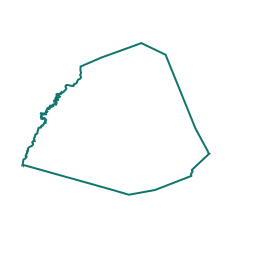 outline of Lunga, Luapula, Zambia, rotated 28°
{"feature_id": "96606910B4218134786212", "entity_name": "Lunga", "entity_type": "district", "adm_level": 2, "iso_a3": "ZMB", "parent_name": "Zambia", "parent_adm1": "Luapula", "projection": "albers", "projection_center": [29.85, -11.571], "detail": "fine", "context": "isolated", "style": "outline", "palette": "teal", "viewbox_px": 256, "rotation_deg": 28, "n_neighbors": 0, "source": "geoboundaries", "source_scale": "gbopen_adm2", "svg_char_len": 5075}
<svg xmlns="http://www.w3.org/2000/svg" viewBox="0 0 256 256"><g transform="rotate(28 128 128)"><path d="M59.2,99.8L60.3,100.9L60.5,101.2L60.8,102.1L60.9,103.7L62.1,104.6L62.6,105.2L62.9,106.0L62.6,106.9L62.1,107.8L61.3,108.6L61.2,110.4L61.6,112.0L61.2,113.2L60.6,113.9L59.7,114.8L59.7,115.5L60.2,116.1L60.0,116.6L59.1,117.1L56.6,117.8L55.5,118.1L54.6,118.4L53.9,118.7L53.3,119.3L53.2,119.8L53.2,120.4L53.7,121.2L54.1,121.3L54.5,121.6L54.9,121.8L55.1,123.1L54.9,124.2L54.5,124.6L54.4,125.0L54.4,125.6L54.3,126.1L54.2,126.6L53.9,127.0L53.4,127.5L53.2,127.8L53.1,128.1L53.0,129.2L52.8,129.4L52.5,129.3L52.3,128.6L52.2,128.3L52.0,128.8L52.0,129.5L51.7,130.1L51.4,130.3L51.2,130.7L51.0,130.9L50.6,130.9L50.3,130.8L49.9,130.9L49.5,131.1L49.3,131.4L49.1,131.7L49.1,131.9L49.2,132.3L49.3,132.4L49.5,132.3L50.1,132.0L50.6,131.8L51.2,131.7L51.4,131.6L51.6,131.3L51.8,131.3L52.2,132.0L52.7,132.2L53.2,132.3L53.2,132.5L53.0,133.0L52.4,133.8L52.1,134.2L51.5,134.7L51.1,134.7L50.9,134.6L50.6,133.7L50.4,133.7L50.2,133.9L50.1,134.2L50.0,134.5L50.0,135.2L50.1,135.9L50.1,136.2L50.3,136.4L51.5,136.7L51.7,136.2L51.8,135.7L52.0,135.6L52.5,135.6L52.8,135.7L53.0,135.9L53.1,136.2L52.9,136.4L52.4,136.8L51.5,137.0L50.4,137.6L50.2,137.9L50.0,138.4L49.9,138.7L50.0,139.0L50.6,139.5L50.8,139.4L51.0,139.3L51.4,138.1L51.6,137.9L51.8,137.9L52.1,138.2L52.7,139.0L53.2,139.3L53.2,139.6L52.7,140.0L52.7,140.3L52.8,140.4L53.2,140.6L53.5,140.9L53.6,141.1L53.4,141.3L53.1,141.3L52.5,141.2L52.0,141.3L51.4,141.8L50.5,143.0L50.4,143.3L50.5,143.5L50.8,143.5L51.2,143.4L51.5,143.2L51.8,143.4L51.8,143.7L50.8,144.5L50.7,144.7L50.6,145.2L50.4,145.4L49.9,145.3L49.4,145.0L49.1,144.8L48.8,144.8L48.8,145.0L49.2,145.8L49.3,146.1L49.4,146.3L49.3,146.5L49.0,146.5L48.7,146.5L48.6,146.8L49.5,146.8L49.8,147.2L49.7,147.7L49.7,147.9L49.5,148.1L49.3,148.2L49.1,148.4L48.7,148.8L48.4,148.7L48.4,148.1L48.3,147.8L48.0,147.7L47.9,147.8L47.7,148.0L47.7,148.3L47.7,148.6L47.7,149.7L47.8,150.9L47.8,151.3L47.8,151.5L48.3,151.6L48.9,151.5L49.1,151.5L49.1,151.8L48.8,152.1L48.5,152.1L47.9,152.2L48.1,152.6L48.5,152.9L48.5,153.1L48.4,153.2L48.0,153.3L48.0,153.5L48.6,153.8L49.2,154.1L49.3,154.3L49.2,154.5L48.9,154.6L48.2,154.7L48.0,154.9L47.8,154.9L47.7,154.9L47.6,154.6L47.4,154.4L47.2,154.6L47.2,154.9L47.1,155.6L46.8,155.5L46.3,155.1L46.1,155.0L45.9,155.1L45.6,155.6L45.7,155.9L45.8,156.0L46.1,156.1L46.0,156.4L45.7,156.3L45.4,156.1L44.7,155.6L44.2,155.8L44.2,156.2L44.6,156.3L44.9,156.4L45.3,156.8L45.5,157.8L45.6,158.1L45.8,158.7L45.9,158.8L46.0,158.7L46.3,158.4L46.5,158.4L46.6,158.8L46.6,159.3L46.5,159.5L46.4,159.5L46.2,159.6L46.3,159.8L47.1,160.0L47.3,160.1L47.5,160.2L47.5,160.4L47.8,160.3L48.0,159.9L48.2,159.3L48.3,159.2L48.5,159.2L48.5,159.9L48.7,160.0L48.8,159.9L48.9,159.7L49.0,159.2L49.4,158.8L49.5,158.5L49.9,158.6L49.9,158.8L50.2,158.9L50.8,158.9L51.0,159.1L51.2,159.8L51.4,159.9L51.5,159.9L51.7,159.4L51.8,159.3L52.0,159.4L52.0,159.6L51.9,160.3L52.0,160.9L51.8,161.0L51.6,160.8L51.4,160.8L51.4,161.0L51.7,161.2L52.2,161.1L52.3,161.2L52.2,161.7L52.2,161.9L52.7,162.1L52.5,162.3L52.1,162.4L51.8,162.6L51.6,162.8L51.7,163.2L51.7,163.5L51.9,163.7L51.9,163.9L51.9,164.4L51.5,164.9L51.4,165.4L51.5,165.8L51.6,166.0L51.3,166.3L51.0,166.3L50.8,166.4L50.9,166.8L51.0,167.1L50.9,167.3L50.5,167.4L50.5,167.5L50.9,167.7L50.9,167.8L50.8,168.1L50.9,168.5L50.7,168.7L50.2,168.9L49.6,169.4L49.4,169.6L49.0,169.8L49.0,170.0L49.1,170.5L49.3,171.1L49.5,171.5L49.4,171.8L49.6,172.2L49.6,172.4L49.5,172.6L49.9,173.7L49.9,173.9L50.2,174.5L50.3,174.9L50.5,175.1L50.3,175.7L50.1,175.9L49.9,176.1L49.9,176.5L49.5,176.7L49.4,177.0L49.3,177.4L49.3,177.7L49.6,178.2L49.7,178.6L49.7,179.0L49.6,179.3L49.9,179.6L50.1,180.0L49.9,180.3L49.9,180.6L49.9,181.3L50.0,181.4L50.3,181.8L50.5,182.2L50.8,182.4L51.0,182.5L51.2,183.1L51.3,183.2L51.5,183.2L51.6,183.3L51.3,183.4L51.2,183.5L50.9,183.7L50.5,184.1L50.3,184.7L50.2,185.1L50.2,185.4L50.4,185.6L50.4,185.8L50.5,185.8L51.0,185.9L51.2,186.1L51.7,186.6L51.7,186.8L51.7,187.2L51.9,187.5L51.8,188.0L51.6,188.6L51.1,189.5L50.5,190.3L50.0,190.9L49.4,192.4L49.3,192.8L49.4,193.7L49.7,194.0L50.0,194.0L50.1,194.3L50.2,194.6L50.3,194.8L50.3,195.1L50.2,195.2L49.9,195.3L49.8,195.5L50.0,195.7L50.0,195.9L50.3,195.8L50.4,196.0L50.2,196.2L50.1,196.3L50.1,196.5L50.2,196.8L50.3,197.1L50.6,197.3L50.8,197.5L50.7,197.8L50.6,198.3L50.5,198.6L50.5,198.9L50.4,199.1L50.6,199.4L50.7,199.6L50.6,199.9L50.6,200.1L50.8,200.6L51.5,200.5L51.7,200.9L51.6,201.1L52.0,201.2L52.0,201.3L52.0,201.5L51.7,201.7L51.6,201.8L51.7,202.0L51.8,202.4L51.6,203.2L50.5,205.0L51.6,207.9L52.2,210.3L52.3,210.2L52.3,209.8L52.4,209.7L52.5,209.7L52.5,209.8L52.6,210.0L52.8,210.1L52.7,209.8L52.8,209.7L53.1,209.8L53.3,209.8L53.3,209.7L143.7,189.9L160.1,186.5L180.9,170.1L206.4,140.6L206.1,140.0L206.0,139.9L205.6,139.7L205.6,139.4L205.3,139.1L205.4,138.3L205.3,137.7L205.2,137.1L205.4,136.5L205.5,136.1L205.2,135.8L204.8,135.6L204.4,135.4L204.1,134.9L211.8,112.5L211.5,112.5L210.5,112.2L209.1,110.9L187.7,96.7L126.8,45.7L99.9,46.8L71.0,78.8L57.5,95.7L57.3,95.8L58.2,98.1L59.2,99.8Z" fill="none" stroke="#0f766e" stroke-width="2"/></g></svg>